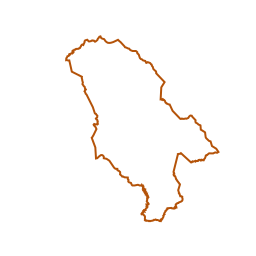 Yoro, Yoro, Honduras (orthographic projection), rotated 212°
{"feature_id": "27666195B27527118551469", "entity_name": "Yoro", "entity_type": "district", "adm_level": 2, "iso_a3": "HND", "parent_name": "Honduras", "parent_adm1": "Yoro", "projection": "orthographic", "projection_center": [-87.286, 15.28], "detail": "fine", "context": "isolated", "style": "outline", "palette": "amber", "viewbox_px": 256, "rotation_deg": 212, "n_neighbors": 0, "source": "geoboundaries", "source_scale": "gbopen_adm2", "svg_char_len": 5625}
<svg xmlns="http://www.w3.org/2000/svg" viewBox="0 0 256 256"><g transform="rotate(212 128 128)"><path d="M109.5,84.3L108.0,84.1L107.1,83.7L106.3,84.3L104.9,84.3L101.9,85.9L101.0,84.5L100.0,84.2L99.6,83.0L99.3,82.7L98.4,82.5L96.4,83.0L94.7,81.8L93.8,81.6L91.9,82.8L89.5,85.1L87.4,85.5L86.8,85.9L86.6,86.3L85.9,86.3L85.7,86.6L85.8,86.9L85.1,86.6L84.8,86.9L84.7,86.7L85.0,86.3L84.4,86.0L83.8,86.4L83.6,86.1L83.7,85.8L83.1,85.1L83.4,84.9L83.2,84.4L82.3,84.9L82.2,84.8L82.0,85.0L81.8,85.0L81.8,84.4L82.2,84.0L82.3,83.6L82.2,83.2L81.7,83.0L81.2,83.0L80.7,83.5L80.3,83.6L80.2,84.1L80.0,83.8L80.2,83.2L80.1,82.9L79.5,83.4L79.0,83.3L79.3,82.7L80.0,82.5L79.9,82.1L79.0,81.9L78.8,81.6L78.3,81.4L78.0,81.8L78.2,82.2L77.6,82.0L77.2,82.3L77.1,81.9L77.2,81.0L76.7,81.1L76.4,80.7L76.1,80.9L76.0,81.4L75.5,81.3L75.0,80.6L75.3,80.0L75.0,79.5L74.6,79.6L74.4,80.3L74.0,80.1L74.1,79.4L74.2,79.2L74.1,78.8L74.3,78.0L73.6,77.3L73.3,75.8L72.7,75.4L71.3,75.1L70.2,74.5L70.2,74.3L70.6,74.2L70.7,73.7L71.9,73.0L71.6,72.6L70.6,72.2L70.7,71.5L69.8,71.5L69.6,71.1L69.6,70.6L70.1,69.6L70.2,68.8L69.6,67.8L71.0,66.8L70.9,66.5L70.2,66.0L70.9,65.9L71.1,65.7L70.4,64.7L71.0,64.2L71.1,62.3L70.7,62.0L69.3,62.9L68.0,62.4L67.5,62.4L66.5,61.7L65.7,60.1L65.1,59.4L64.9,58.8L64.5,58.7L64.0,58.8L64.1,59.1L64.0,59.3L63.0,59.3L61.8,60.0L60.8,60.1L60.3,60.8L59.8,60.8L59.1,61.6L58.4,62.1L58.0,62.7L57.4,63.2L57.3,63.9L56.5,64.3L56.0,65.1L55.1,65.0L54.6,65.4L54.1,65.7L52.7,65.9L52.0,65.8L51.7,66.2L50.8,66.4L50.8,67.0L51.6,67.4L51.7,67.7L51.5,68.2L51.1,68.2L50.8,68.4L50.7,69.3L50.9,69.7L50.8,70.7L51.0,71.8L51.6,72.3L51.4,73.0L51.7,73.8L51.4,74.2L51.9,74.5L52.1,75.6L52.0,76.9L52.3,77.5L51.9,78.0L51.8,78.7L52.1,79.3L51.6,80.0L52.0,80.4L52.1,80.8L48.9,83.2L48.2,83.1L47.6,83.4L47.3,83.8L46.7,83.8L46.3,84.3L45.9,85.0L45.6,84.8L45.3,85.4L45.5,85.7L44.8,86.2L45.3,86.7L46.3,86.4L46.2,87.4L47.0,88.4L47.0,88.7L46.5,89.5L46.4,90.4L45.5,91.1L45.5,91.7L43.9,93.9L43.5,95.0L43.7,96.0L44.4,97.1L45.3,97.8L45.5,98.4L46.4,98.5L47.5,97.8L49.7,99.7L50.1,99.5L50.4,99.7L50.7,100.3L52.5,101.9L54.0,107.6L54.3,107.9L54.9,107.9L55.6,108.4L56.4,108.5L56.9,108.9L57.8,109.1L58.3,109.3L58.5,109.6L60.0,110.0L60.4,110.6L60.8,110.7L62.0,111.8L62.6,112.1L63.0,111.9L63.4,112.2L64.0,112.1L64.7,112.7L65.0,113.7L64.7,113.9L65.2,114.4L66.1,114.8L71.6,131.7L71.5,132.1L71.8,132.4L70.8,133.3L70.1,133.7L69.8,134.7L56.3,132.2L56.0,132.4L56.0,133.0L55.6,133.1L55.5,134.0L54.6,134.2L53.4,135.9L52.9,135.6L52.8,136.1L51.4,136.9L51.0,137.4L51.3,138.1L51.2,138.3L50.1,139.2L49.2,139.0L48.9,139.8L48.5,139.7L48.4,140.1L48.0,140.0L47.2,140.6L46.7,140.7L46.7,141.0L47.1,141.3L46.9,141.7L46.7,143.2L47.1,145.0L47.4,145.7L47.2,146.5L46.8,146.6L46.6,146.9L46.4,147.8L45.8,149.5L42.4,151.5L41.1,153.5L39.3,154.2L38.6,155.6L42.2,157.2L47.2,157.2L50.9,160.4L52.5,160.0L56.3,160.8L57.3,161.4L60.3,165.1L60.9,165.2L65.4,165.2L67.9,168.6L68.7,168.6L69.6,168.3L70.4,168.3L71.3,168.6L73.5,168.5L74.4,169.4L74.8,170.4L79.7,171.7L80.4,172.2L81.6,171.7L81.9,171.2L82.2,170.2L82.2,168.5L83.3,166.9L84.1,166.6L85.5,165.3L86.5,164.7L87.3,164.6L87.7,163.9L88.1,163.6L88.6,163.5L99.3,166.2L105.1,170.0L106.1,169.5L107.8,169.4L108.0,169.2L108.6,169.2L108.9,169.5L109.8,169.5L110.9,170.5L112.2,170.9L112.5,170.6L113.2,170.8L113.2,170.6L113.6,170.6L113.7,170.4L114.0,170.5L114.0,170.2L114.3,170.3L114.6,169.9L114.9,170.1L115.5,169.6L121.3,180.1L121.3,186.3L133.0,189.3L133.3,189.5L133.5,190.1L134.0,190.6L134.8,191.0L135.6,191.0L137.8,191.5L139.4,193.0L140.3,193.2L141.6,194.3L142.3,194.2L142.9,194.6L143.8,194.8L146.2,194.3L146.5,194.0L146.7,193.1L147.0,192.9L148.9,194.0L151.1,193.3L152.6,193.6L153.7,193.3L155.1,193.7L157.7,195.9L158.8,196.2L159.5,196.2L160.0,196.6L160.3,197.2L161.6,197.5L162.2,197.4L165.0,195.7L167.3,195.3L169.1,195.9L169.9,195.5L172.1,195.3L173.3,194.9L174.3,195.4L180.2,197.0L181.0,197.0L183.2,197.5L186.1,193.0L187.7,191.2L189.0,190.2L190.2,189.6L191.3,189.5L193.0,189.7L195.3,190.7L197.4,190.1L198.6,190.2L199.9,191.1L200.6,190.3L200.7,189.2L200.6,188.6L200.9,187.8L200.6,186.4L201.3,184.3L201.7,183.7L203.2,184.0L203.8,183.5L204.3,183.6L205.2,182.8L205.4,182.1L206.9,180.7L207.6,180.7L208.3,181.0L209.4,181.2L209.7,180.7L210.7,179.7L210.8,178.5L210.2,177.5L210.2,176.8L209.9,174.7L211.0,174.6L211.3,173.8L211.4,173.1L211.2,172.5L211.3,171.9L211.1,170.5L211.7,169.9L211.7,169.3L212.0,168.9L214.0,167.5L214.2,166.5L215.0,166.0L215.2,165.0L215.9,164.3L215.9,163.8L215.7,163.5L214.6,163.8L214.3,163.3L214.7,161.7L215.4,161.6L216.1,160.5L216.0,159.9L216.9,159.6L216.9,159.2L216.5,159.0L216.3,158.4L216.7,157.4L217.4,156.8L217.1,155.2L217.3,154.5L216.4,152.8L216.2,153.0L214.4,153.6L213.6,154.2L205.5,146.0L194.2,147.0L193.8,146.0L193.3,145.5L192.6,144.9L191.8,143.9L190.4,142.7L190.0,141.4L189.7,140.9L188.6,140.6L187.8,140.1L186.5,139.9L185.5,138.8L184.1,138.3L184.1,138.1L184.6,137.5L184.2,136.5L184.3,136.1L183.4,135.7L182.0,134.6L180.9,134.4L168.8,127.0L163.9,122.9L163.2,122.8L162.7,123.0L162.1,122.6L160.5,122.2L159.8,120.7L160.1,119.9L160.0,119.6L160.2,119.0L159.5,118.6L159.2,118.7L158.4,118.6L157.7,117.9L157.2,117.7L157.1,116.9L156.5,116.4L156.4,115.9L155.9,115.6L156.1,115.3L155.8,115.1L155.9,114.7L156.5,114.5L157.3,114.0L157.8,113.4L158.4,113.6L158.8,113.5L158.9,112.6L158.3,112.2L157.9,112.2L157.6,112.0L156.0,111.6L154.2,110.4L153.4,102.9L153.5,102.6L153.4,101.4L153.6,100.5L145.4,94.2L139.0,85.2L138.1,86.1L137.3,89.1L136.5,90.8L135.6,91.3L135.1,91.4L134.0,91.2L133.3,90.8L132.5,89.5L129.9,90.5L126.5,90.4L118.8,87.0L117.7,86.8L117.0,86.8L115.4,87.7L114.8,86.8L114.5,86.6L113.0,86.8L111.4,86.5L110.7,85.6L110.2,84.5L109.5,84.3Z" fill="none" stroke="#b45309" stroke-width="2"/></g></svg>